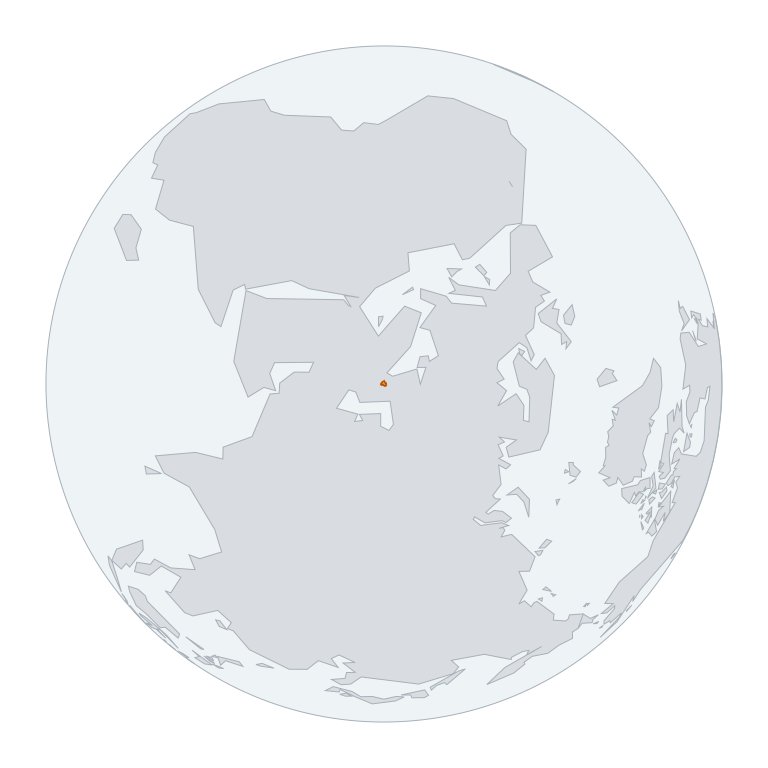 globe centered on Shida Kartli, rotated 123°
{"feature_id": "GEO-3039", "entity_name": "Shida Kartli", "entity_type": "Region", "adm_level": 1, "iso_a3": "GEO", "parent_name": "Georgia", "parent_adm1": "", "projection": "orthographic", "projection_center": [44.031, 42.172], "detail": "fine", "context": "on_globe", "style": "filled", "palette": "amber", "viewbox_px": 768, "rotation_deg": 123, "n_neighbors": 0, "source": "natural_earth", "source_scale": "10m", "svg_char_len": 11641}
<svg xmlns="http://www.w3.org/2000/svg" viewBox="0 0 768 768"><g transform="rotate(123 384 384)"><circle cx="384" cy="384" r="338" fill="#eef3f6" stroke="#a8b0b8"/><path d="M339.0,49.1L339.9,49.0L330.8,50.3L333.6,50.0L345.3,48.8L352.3,48.1L378.1,51.6L415.8,56.9L431.0,57.0L425.1,58.9L456.2,59.1L478.8,64.7L451.2,59.6L446.7,60.2L461.0,64.1L459.5,65.6L465.6,68.7L462.6,70.5L446.7,68.3L444.4,69.7L454.6,72.5L458.1,76.7L443.4,72.2L447.8,79.3L422.0,78.8L385.1,68.7L368.6,72.9L324.8,75.1L326.6,77.7L311.2,81.3L307.5,85.8L300.4,85.7L303.6,89.6L310.8,88.9L314.6,90.6L313.1,93.4L303.8,93.5L303.2,92.1L299.7,93.6L295.7,92.6L296.8,94.7L285.7,95.0L294.4,99.1L283.6,103.1L276.9,102.1L280.7,96.5L274.6,82.8L269.0,81.5L257.2,84.6L228.4,101.7L220.9,103.2L208.4,109.4L211.0,110.8L221.7,106.6L223.6,111.4L236.5,106.5L239.1,108.1L251.1,106.2L245.8,112.9L234.2,120.8L224.0,123.1L218.6,127.0L225.5,130.5L203.8,141.2L184.9,160.2L179.6,162.8L174.4,156.2L181.4,140.8L174.7,135.4L175.5,145.9L162.4,153.3L158.7,157.8L157.4,161.9L161.0,162.0L155.7,166.4L153.0,156.9L157.7,152.7L158.5,155.5L161.7,148.7L159.8,143.7L153.3,148.7L157.2,138.3L152.6,142.0L150.9,142.3L157.9,136.9L145.3,146.8L148.2,142.0L166.0,125.8L184.8,111.0L204.7,97.6L225.4,85.6L247.0,75.1L269.2,66.2L292.1,58.8L315.4,53.1L339.0,49.1ZM46.5,400.7L48.3,420.2L53.5,449.9L56.2,465.3L56.3,466.6L49.8,433.9L46.5,400.7ZM355.7,47.8L345.7,48.7L335.7,49.6L344.2,48.5L355.7,47.8ZM374.5,48.1L369.4,48.5L366.7,47.5L370.5,47.6L374.5,48.1ZM442.3,57.3L434.4,55.8L442.6,56.8L442.3,57.3ZM467.0,68.8L469.7,68.9L471.7,70.5L467.0,68.8ZM253.2,102.7L252.1,104.4L250.4,103.8L253.2,102.7ZM259.3,100.4L258.1,98.6L260.9,97.3L261.6,98.5L259.3,100.4ZM468.9,75.0L471.2,78.0L466.1,74.5L468.9,75.0ZM260.2,103.1L265.9,95.3L270.8,93.1L277.5,95.9L260.2,103.1ZM470.8,79.5L476.8,87.5L483.3,88.1L468.3,91.7L468.2,83.2L460.8,78.6L467.7,80.5L470.8,79.5ZM313.7,87.5L306.0,88.3L313.8,85.1L313.7,87.5ZM317.8,85.1L336.4,74.3L347.0,75.1L338.6,78.2L353.5,77.6L349.6,83.2L340.5,84.8L334.4,83.1L337.6,86.7L317.8,85.1ZM459.0,92.8L458.1,94.7L456.1,92.3L459.0,92.8ZM316.7,91.0L319.5,88.5L329.0,88.9L325.1,94.0L323.3,92.2L316.7,91.0ZM359.4,75.0L365.7,76.5L364.2,81.3L366.5,82.6L350.4,83.4L359.4,75.0ZM320.4,93.5L322.8,96.6L317.0,99.2L314.6,93.5L320.4,93.5ZM333.0,86.9L337.3,87.4L333.7,88.8L333.0,86.9ZM297.8,110.9L301.0,107.4L306.1,107.2L297.8,110.9ZM324.1,97.6L326.1,96.8L328.5,96.4L328.9,99.0L324.1,97.6ZM350.5,87.0L348.6,88.9L357.0,86.9L356.2,90.8L345.6,90.8L349.9,92.5L349.7,93.8L341.3,92.4L350.5,87.0ZM336.5,100.8L322.8,102.8L315.8,109.1L311.0,109.3L323.1,99.3L336.5,100.8ZM340.1,95.9L336.8,98.9L332.5,97.4L332.0,94.5L340.1,95.9ZM359.5,93.7L363.4,87.6L365.6,87.9L359.5,93.7ZM335.3,102.8L338.7,102.3L335.3,103.4L335.3,102.8ZM353.1,96.7L354.1,94.4L356.6,94.7L353.1,96.7ZM344.4,103.5L340.0,104.0L339.6,101.9L344.4,103.5ZM349.1,100.6L352.2,101.6L342.1,100.8L349.2,99.4L349.1,100.6ZM355.2,97.4L357.0,96.8L354.4,98.3L355.2,97.4ZM348.6,111.5L336.0,111.0L335.1,106.2L347.4,107.2L348.6,111.5ZM106.7,480.9L96.4,424.5L105.4,413.4L109.7,392.7L174.1,356.1L184.6,368.1L231.8,380.6L237.1,385.9L228.2,401.6L260.9,435.4L275.4,424.3L308.4,443.5L332.4,446.6L346.9,414.8L307.5,409.1L304.0,391.5L338.2,382.1L373.1,387.6L372.8,381.0L353.5,364.6L364.4,353.4L347.2,357.9L352.1,365.2L341.4,368.6L336.3,362.2L340.4,358.2L330.6,353.8L313.9,374.8L317.1,384.6L289.9,383.4L292.5,399.8L284.1,405.2L276.5,379.6L279.4,371.4L262.9,340.5L257.4,348.8L272.6,378.9L266.6,375.2L259.3,387.8L260.1,375.3L244.9,341.5L222.3,338.2L188.5,360.4L176.3,356.5L168.3,343.1L185.6,311.9L210.9,324.5L217.4,314.8L216.6,294.9L224.3,300.8L227.1,294.6L237.1,298.7L255.4,289.1L266.2,291.8L277.5,274.0L284.5,273.3L275.8,283.8L275.6,293.1L302.9,300.5L309.4,297.8L314.5,285.9L321.4,290.0L322.8,277.6L340.6,276.6L320.2,267.9L325.7,255.0L338.6,247.3L336.7,241.8L315.7,254.6L310.6,261.3L312.1,269.3L295.1,287.7L284.8,288.4L288.8,264.2L274.7,263.0L284.0,245.7L335.0,220.0L354.2,217.3L377.3,239.5L370.5,247.0L358.8,242.5L365.8,258.4L367.0,251.4L372.8,255.2L379.4,244.9L383.8,247.1L382.8,233.8L388.8,235.4L389.4,243.8L404.5,231.1L418.3,232.1L419.6,228.2L417.1,223.8L436.2,228.7L436.4,225.7L430.1,222.8L426.3,215.2L427.1,204.0L433.7,206.2L434.3,210.6L445.5,223.7L446.1,235.6L448.9,235.5L449.9,225.8L436.2,209.7L434.8,202.3L442.4,208.9L439.5,205.9L440.9,203.0L448.4,202.5L440.6,195.0L446.6,163.2L461.7,160.0L467.7,168.8L478.9,151.7L495.1,151.1L489.3,148.2L490.7,139.2L485.7,139.1L483.0,137.2L484.4,116.0L489.8,113.4L483.9,102.7L480.9,101.5L476.6,102.7L468.3,91.7L483.3,88.1L489.3,90.9L494.7,87.4L507.5,94.9L520.7,100.0L531.6,111.3L541.1,115.0L542.1,113.3L555.6,117.7L580.1,134.1L555.8,128.2L518.3,108.8L533.2,116.9L528.5,117.5L533.1,122.2L543.7,128.2L545.8,127.3L556.1,152.7L579.1,177.0L580.7,167.3L589.2,168.2L616.8,191.5L642.1,243.6L653.8,248.5L659.5,256.0L660.4,267.1L652.1,256.3L646.4,258.3L641.5,251.0L640.3,266.4L633.3,256.6L635.7,274.1L643.0,278.7L646.7,268.1L651.8,288.4L665.1,293.0L674.9,308.3L680.1,352.1L673.1,376.0L674.4,382.1L667.3,382.1L664.4,400.1L682.6,418.0L684.3,426.7L676.6,454.9L675.3,449.0L656.7,449.1L657.9,471.6L672.1,476.4L677.2,491.1L668.2,494.2L662.5,481.7L655.9,481.2L654.4,462.7L642.6,441.3L633.4,454.5L630.9,443.4L613.3,428.7L598.2,446.7L576.4,491.2L578.6,519.9L568.8,536.6L544.0,504.8L534.7,478.3L524.6,484.5L500.0,466.0L454.4,474.1L448.9,466.9L440.1,471.9L422.9,465.8L415.0,453.3L404.1,454.9L425.7,487.4L437.4,485.6L448.6,471.2L452.3,482.9L469.0,490.9L446.9,522.3L380.8,550.6L376.2,528.9L335.3,463.7L337.5,456.5L337.4,455.6L337.1,454.1L331.5,465.6L325.0,452.1L344.9,498.9L347.5,517.7L379.9,551.8L376.4,555.1L387.4,561.7L424.7,552.0L424.6,559.0L405.8,591.3L355.7,629.7L363.4,653.2L361.7,670.9L332.9,679.5L338.0,691.1L323.5,693.0L324.3,698.4L314.2,701.9L296.2,702.6L262.9,693.8L258.8,689.3L239.0,675.0L210.6,639.4L216.8,627.6L212.9,614.0L189.1,574.1L194.2,557.9L188.3,547.1L175.9,543.3L169.4,530.1L162.1,526.0L118.5,504.2L106.7,480.9ZM148.5,383.6L145.9,389.5L148.5,383.6ZM408.1,410.3L430.2,410.6L423.5,389.6L431.4,388.2L426.2,381.9L422.9,388.1L410.6,370.6L421.3,363.8L420.2,354.5L412.7,354.1L395.1,369.5L412.6,394.2L406.1,403.2L408.1,410.3ZM162.6,153.9L162.6,154.8L160.2,159.3L159.3,158.1L162.6,153.9ZM162.2,175.9L153.8,182.6L159.2,176.7L156.2,175.8L163.7,162.8L177.4,163.4L169.8,165.2L162.2,175.9ZM177.5,146.7L171.2,154.2L177.5,146.0L177.5,146.7ZM232.6,259.1L234.6,265.1L228.6,270.9L215.0,269.5L223.4,260.8L232.6,259.1ZM238.7,272.4L246.5,250.0L255.3,250.6L249.0,253.9L254.1,256.6L245.4,262.8L246.2,286.2L241.0,293.0L218.6,285.5L228.8,283.9L226.2,277.8L238.7,272.4ZM250.8,198.3L254.3,190.5L268.9,201.7L263.9,207.9L250.0,206.3L247.7,198.2L250.8,198.3ZM270.9,110.2L271.3,107.8L273.9,107.6L275.7,109.5L270.9,110.2ZM298.9,109.3L271.9,121.0L271.0,118.7L256.3,129.3L248.1,127.5L257.9,120.5L240.6,127.5L246.2,120.5L234.8,126.2L257.4,110.8L261.8,105.4L260.0,112.0L267.4,113.6L271.9,112.8L287.8,106.5L300.8,96.5L310.1,97.2L313.3,100.4L311.6,102.9L306.1,101.5L307.8,105.9L298.5,105.9L298.9,109.3ZM345.3,147.8L339.5,143.4L341.5,155.5L332.2,154.1L333.0,155.7L324.9,157.9L316.5,163.6L312.8,161.9L311.1,164.9L305.7,166.8L302.2,170.4L294.3,168.9L289.3,173.4L288.4,170.2L282.0,178.5L283.2,171.8L276.3,174.1L278.8,179.4L244.5,166.3L229.2,167.2L215.7,172.0L219.6,160.8L234.6,149.7L254.3,140.9L268.5,142.1L267.6,137.3L274.2,136.6L272.1,140.7L279.2,134.1L284.0,134.7L301.5,129.1L308.8,120.0L315.4,118.1L315.0,122.0L321.8,117.4L325.5,123.7L330.2,122.7L338.6,128.2L335.0,137.0L340.6,135.2L347.3,139.8L345.3,147.8ZM350.7,113.2L348.5,123.2L342.3,127.7L330.3,116.3L325.4,116.4L317.5,110.0L326.7,104.0L328.1,106.2L331.6,107.1L327.3,108.6L333.4,108.1L335.5,111.4L340.8,112.0L338.6,115.0L350.7,113.2ZM245.3,381.6L249.8,384.0L257.3,385.6L252.8,394.0L245.3,381.6ZM234.4,358.7L238.8,359.1L236.2,371.0L231.5,368.8L234.4,358.7ZM243.5,349.6L239.3,358.2L238.8,352.3L243.5,349.6ZM280.1,283.8L285.1,283.8L284.7,286.8L280.9,290.3L280.1,283.8ZM349.1,186.3L346.8,182.4L348.8,181.3L350.4,171.6L357.5,172.2L359.2,178.3L349.1,186.3ZM338.9,419.8L330.7,425.2L327.6,421.7L331.0,420.5L338.9,419.8ZM288.7,410.6L299.1,417.2L287.3,412.8L288.7,410.6ZM357.0,185.4L356.9,181.2L360.5,184.2L357.0,185.4ZM362.7,172.3L367.3,174.9L358.5,171.2L362.7,172.3ZM420.6,667.3L400.4,695.0L384.0,695.4L379.8,688.3L386.4,671.8L405.0,666.2L413.7,657.2L420.6,667.3ZM705.8,483.7L708.0,478.6L707.6,479.9L705.8,483.7ZM703.7,486.2L706.8,479.6L702.6,489.9L703.7,486.2ZM707.9,477.0L710.9,467.6L712.3,462.6L711.6,465.5L707.9,477.0ZM701.4,491.0L685.6,515.5L678.4,521.9L680.8,515.6L692.5,501.3L701.4,491.0ZM680.2,516.2L668.2,518.4L646.4,501.4L654.3,495.6L676.1,497.6L674.9,502.6L682.2,503.5L680.2,516.2ZM706.2,458.6L704.8,471.0L696.8,483.9L692.8,488.3L690.1,478.3L691.6,468.8L695.2,464.0L705.0,419.3L709.2,418.3L707.1,435.0L710.3,438.9L706.2,458.6ZM580.3,521.8L588.9,534.3L583.1,539.8L580.3,521.8ZM705.9,393.4L704.0,412.6L704.7,390.4L705.9,393.4ZM704.4,374.9L706.1,380.1L703.3,378.0L704.4,374.9ZM677.1,390.2L673.5,396.7L672.0,392.8L675.6,382.1L677.1,390.2ZM682.2,321.5L687.7,333.5L689.0,338.6L684.7,334.0L682.2,321.5ZM416.9,190.0L406.8,202.3L404.2,212.7L410.1,220.4L397.5,215.3L401.5,199.2L416.9,190.0ZM442.2,166.1L437.0,160.1L442.0,159.7L443.9,161.0L442.2,166.1ZM437.1,164.5L425.6,163.0L424.5,157.8L433.8,159.9L437.1,164.5ZM391.1,173.2L387.6,176.6L384.8,174.0L391.1,173.2ZM713.9,457.4L710.9,469.5L714.9,452.3L715.3,450.8L713.9,457.4ZM721.6,397.7L721.2,402.0L721.9,390.5L721.6,397.7ZM718.9,425.4L718.6,428.8L718.1,429.6L718.9,425.4ZM720.6,414.3L719.4,423.0L719.7,419.7L720.6,414.0L720.6,414.3ZM712.1,437.3L713.0,441.5L716.0,428.8L713.7,441.5L714.8,447.1L713.7,453.2L712.8,446.7L710.9,461.2L709.5,464.7L709.6,455.9L711.6,439.0L713.0,429.9L717.8,412.5L712.1,437.3ZM720.1,411.4L719.6,405.8L719.8,398.6L720.4,400.2L720.1,411.4ZM716.5,393.5L713.2,390.5L711.8,399.9L713.3,375.0L716.4,382.0L716.5,393.5ZM711.4,378.3L710.2,386.9L710.5,373.7L711.4,378.3ZM709.0,385.1L707.3,379.1L709.1,375.8L709.0,385.1ZM712.3,375.7L710.0,363.5L712.2,368.0L712.3,375.7ZM702.4,366.2L708.9,367.9L703.1,375.1L695.8,354.1L697.7,348.6L702.4,366.2ZM668.3,252.1L663.9,247.4L663.6,241.4L666.8,246.3L668.3,252.1ZM658.7,219.7L662.1,238.4L664.1,254.4L666.7,253.8L673.1,266.2L665.5,261.8L659.3,243.4L658.9,233.2L652.5,223.7L648.3,212.3L639.4,203.6L635.5,196.7L643.5,201.7L658.7,219.7ZM635.5,200.3L618.4,183.3L620.8,177.1L625.1,179.4L631.9,189.6L630.3,192.2L635.5,200.3ZM615.0,177.6L613.1,180.1L584.1,165.1L578.6,160.6L602.0,167.6L601.5,170.6L608.2,175.7L615.0,177.6ZM461.8,95.4L458.5,94.8L461.1,93.9L461.8,95.4ZM480.2,137.4L477.0,134.6L480.2,133.3L480.2,137.4ZM470.0,126.4L468.6,129.7L467.3,125.2L470.0,126.4ZM465.9,137.7L466.7,130.6L469.9,138.8L465.9,137.7Z" fill="#d9dde1" stroke="#a8b0b8" stroke-width="1"/><path d="M383.5,381.7L383.6,381.8L383.7,381.7L383.9,381.5L384.1,381.4L384.5,381.4L384.7,381.5L384.8,381.6L385.0,381.7L385.2,381.9L385.3,382.0L385.2,382.3L385.1,382.5L385.2,382.8L385.3,382.8L385.4,383.1L385.3,383.3L385.4,383.6L385.3,383.8L385.2,383.9L385.2,384.0L385.0,384.3L385.0,384.6L385.0,384.8L385.2,385.0L385.3,384.9L385.6,384.8L385.9,384.9L386.0,385.0L386.1,385.4L386.3,385.5L386.3,385.9L386.2,385.9L386.0,386.0L386.0,386.3L386.0,386.5L385.9,386.7L385.6,386.7L385.4,386.5L385.1,386.6L384.9,386.7L384.7,386.6L384.4,386.7L383.4,386.6L383.2,386.4L382.9,386.4L382.7,386.4L382.4,386.2L382.2,386.1L382.1,385.9L381.9,385.7L381.5,385.5L381.3,385.5L381.4,385.3L381.5,385.1L381.6,384.9L381.6,384.7L381.9,384.4L382.0,384.3L382.0,384.1L382.2,383.9L382.2,383.7L382.3,383.4L382.5,383.3L382.8,383.2L382.9,382.8L382.8,382.7L382.6,382.7L382.5,382.8L382.4,382.8L382.2,382.8L382.1,382.7L382.4,382.4L383.0,382.3L383.2,382.1L383.4,382.0L383.5,381.7Z" fill="#f59e0b" stroke="#b45309" stroke-width="1.5"/></g></svg>